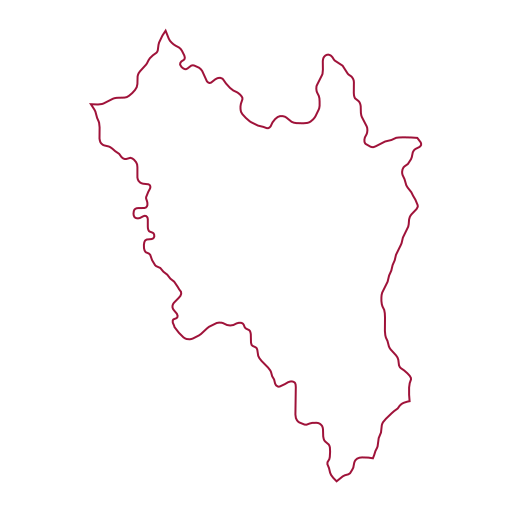 Monte Plata, Monte Plata, Dominican Republic (orthographic projection)
{"feature_id": "3306468B2740041336238", "entity_name": "Monte Plata", "entity_type": "district", "adm_level": 2, "iso_a3": "DOM", "parent_name": "Dominican Republic", "parent_adm1": "Monte Plata", "projection": "orthographic", "projection_center": [-69.842, 18.762], "detail": "fine", "context": "isolated", "style": "outline", "palette": "rose", "viewbox_px": 512, "rotation_deg": 0, "n_neighbors": 0, "source": "geoboundaries", "source_scale": "gbopen_adm2", "svg_char_len": 6008}
<svg xmlns="http://www.w3.org/2000/svg" viewBox="0 0 512 512"><path d="M417.3,137.9L411.4,137.5L403.3,137.3L398.8,137.5L396.2,137.8L391.4,140.0L385.1,141.5L375.7,146.3L373.6,147.1L372.0,147.1L370.5,146.7L365.6,143.9L365.1,143.3L364.5,141.9L364.4,139.7L364.9,137.4L366.6,134.2L367.1,132.7L367.4,130.3L367.2,127.9L366.7,126.4L361.8,116.9L361.3,115.4L360.9,113.0L360.7,106.2L360.4,104.6L359.9,103.1L359.2,101.8L358.2,100.8L355.0,98.3L354.4,96.9L354.0,95.4L353.8,92.9L353.9,82.2L353.7,80.5L353.1,78.9L352.3,77.6L351.4,76.5L348.5,74.5L347.6,73.5L342.6,65.7L334.8,60.6L333.9,59.6L332.5,57.3L331.0,55.7L329.7,55.0L328.2,54.6L326.6,54.9L325.3,55.6L324.2,56.7L323.4,58.0L323.0,59.6L322.8,61.2L322.9,69.7L322.5,73.9L321.9,75.3L317.1,84.8L316.5,86.2L316.3,88.7L316.6,91.1L317.1,92.5L318.8,95.9L319.4,98.3L319.6,101.6L319.6,105.8L319.2,108.3L318.6,109.8L315.6,116.0L314.7,117.5L313.1,119.4L310.5,121.6L309.0,122.4L307.4,122.9L303.2,123.3L296.4,123.1L293.9,122.7L291.6,121.8L286.4,117.6L284.9,116.7L282.6,116.1L280.1,116.1L277.7,117.0L275.1,119.1L272.5,122.4L270.6,126.4L269.6,127.4L268.5,128.1L267.8,128.2L266.6,128.1L263.4,126.9L258.0,125.6L251.1,122.2L249.7,121.3L245.8,117.9L242.4,114.2L241.1,112.0L240.7,110.4L240.5,108.7L240.5,106.3L240.9,103.8L242.4,99.3L242.4,97.9L241.7,96.5L240.2,94.7L238.3,93.1L236.9,92.2L233.3,90.5L230.0,87.9L226.0,83.5L223.4,79.8L222.5,78.7L220.5,77.9L218.9,77.9L217.4,78.2L215.3,79.3L211.1,82.6L209.7,83.0L209.1,82.9L207.9,82.3L206.9,81.3L202.2,71.0L200.8,69.2L199.0,67.7L194.4,65.6L193.1,65.3L192.4,65.3L191.1,65.7L187.6,68.4L186.3,69.1L185.6,69.2L184.8,69.1L183.4,68.5L181.6,67.1L180.4,65.2L180.1,64.5L180.3,63.0L181.3,61.5L183.8,59.9L184.6,58.9L184.8,57.5L184.3,55.5L182.0,50.9L180.7,49.0L179.0,47.5L175.6,45.7L173.5,44.3L171.6,42.6L169.9,40.7L168.7,38.5L165.6,30.7L162.4,35.6L159.1,42.5L158.5,44.8L157.8,50.2L157.3,51.6L156.5,52.7L152.9,55.3L149.9,58.2L148.5,60.3L147.1,63.1L146.2,64.5L140.0,71.3L138.6,73.3L138.0,74.8L137.6,76.4L137.4,84.0L136.7,87.2L135.0,90.0L132.2,93.1L129.0,95.8L126.8,97.1L124.4,97.6L116.9,97.8L114.5,98.2L113.0,98.7L103.5,103.5L102.0,104.0L97.9,104.5L90.9,104.2L94.4,109.6L95.4,111.6L97.1,117.9L98.6,121.3L99.1,122.8L99.6,127.4L99.5,138.5L99.8,140.3L100.3,142.0L101.1,143.3L102.8,144.8L104.2,145.4L108.8,146.5L110.3,147.2L112.4,148.7L115.1,151.1L119.2,153.9L121.2,156.7L122.2,157.7L123.3,158.5L124.7,159.0L126.2,159.0L130.4,157.8L132.4,158.5L134.1,159.8L136.1,162.2L137.1,164.4L137.4,167.2L137.4,177.5L137.8,179.3L138.5,180.8L140.1,182.5L141.4,183.2L143.0,183.7L148.5,184.3L149.7,185.1L150.1,185.7L150.4,187.0L150.1,188.4L148.2,192.0L146.1,197.2L146.1,198.5L147.1,201.5L147.4,202.9L147.4,205.1L146.9,206.4L145.9,207.5L144.4,208.0L137.9,208.1L136.4,208.3L135.0,209.1L134.4,209.7L133.8,211.2L133.5,213.6L133.7,215.3L134.3,216.8L134.9,217.4L135.5,217.9L137.0,218.3L138.4,218.3L139.9,218.0L143.4,216.2L144.7,215.8L146.0,216.0L147.1,217.0L147.5,217.7L147.8,219.2L147.8,226.4L147.9,228.2L148.3,229.8L149.0,231.1L149.5,231.5L152.4,232.6L153.4,233.2L154.1,234.4L154.3,236.4L153.8,237.7L152.7,238.7L151.3,239.1L146.8,239.5L145.4,240.3L144.9,240.9L144.3,242.3L143.9,244.8L144.0,248.2L144.6,250.5L145.4,251.8L145.9,252.3L148.8,253.5L150.2,254.8L152.1,260.2L155.1,265.2L156.1,266.1L160.3,268.0L163.4,271.7L167.3,274.7L170.3,278.6L174.2,281.7L177.8,287.0L179.2,289.4L181.0,291.8L181.2,293.8L180.4,295.9L178.8,297.8L173.9,302.8L173.0,304.2L172.5,305.8L172.5,307.4L173.0,308.9L173.9,310.2L176.9,313.8L177.6,315.8L177.4,317.1L177.1,317.6L176.2,318.3L173.6,319.3L173.2,319.6L172.7,320.8L172.8,322.7L174.1,325.7L174.5,327.1L178.9,332.8L183.4,337.3L184.9,338.3L186.5,339.0L189.7,339.3L191.4,339.0L192.9,338.5L199.0,335.4L201.1,333.9L207.0,328.4L209.0,326.8L216.7,323.0L219.1,322.6L221.5,322.7L223.0,323.1L227.0,325.0L230.2,325.5L233.4,325.0L236.6,323.4L238.8,322.8L241.0,322.8L242.4,323.3L242.9,323.7L243.7,324.7L244.6,327.0L245.3,328.0L246.2,328.7L249.1,330.1L250.0,331.1L250.5,332.6L250.8,334.2L251.0,342.7L251.6,344.9L252.6,345.9L255.4,347.2L256.4,347.9L256.8,348.5L257.3,349.9L258.2,355.8L259.4,358.2L261.6,361.0L268.1,367.6L270.3,370.5L271.0,372.0L272.2,376.3L274.1,379.5L275.1,383.6L276.1,385.4L277.8,386.5L278.5,386.7L279.8,386.5L284.9,384.1L288.1,382.2L290.3,381.5L291.8,381.4L293.2,381.7L294.5,382.4L295.1,383.1L295.6,384.6L295.8,387.2L295.4,414.5L295.9,418.1L297.0,420.3L298.0,421.5L299.2,422.4L304.6,424.6L306.5,424.7L309.7,423.5L312.2,422.9L316.6,422.8L318.4,423.1L319.9,423.8L321.1,424.8L322.1,426.0L322.7,427.6L323.0,429.3L323.2,436.4L323.7,438.9L324.3,440.4L325.2,441.5L328.8,444.6L329.5,446.0L329.9,447.5L330.1,451.8L329.8,457.0L329.3,459.2L327.5,462.2L327.4,464.2L329.0,468.1L330.1,472.7L331.1,475.0L333.2,477.8L336.6,481.3L342.7,476.4L344.8,475.3L348.4,474.3L350.1,473.2L352.3,469.6L353.3,467.6L354.2,462.9L354.7,461.4L355.5,460.1L357.2,458.6L359.5,457.7L362.1,457.4L368.4,457.6L372.9,458.3L374.2,455.0L375.4,451.1L377.1,447.7L377.6,446.3L378.7,438.1L381.0,432.5L381.8,425.2L382.3,423.6L383.1,422.1L385.9,418.8L391.6,413.3L394.1,411.1L397.7,408.5L399.7,405.7L401.3,404.2L402.5,403.4L404.0,402.7L407.5,401.6L409.6,401.2L409.1,394.8L409.1,387.5L409.7,383.2L411.0,379.4L410.9,377.9L409.7,375.8L407.4,373.3L404.1,370.4L400.9,368.2L399.9,367.2L399.0,365.3L398.3,359.8L397.5,357.5L396.0,355.3L390.6,349.4L389.6,347.9L388.9,346.4L387.5,341.0L385.9,337.6L385.3,335.2L384.9,330.9L385.0,317.6L384.8,313.2L384.2,309.9L382.5,306.5L381.8,304.2L381.4,300.9L381.4,297.5L381.6,295.0L382.2,292.6L387.6,281.7L389.1,275.5L391.3,270.6L392.6,265.1L394.7,260.3L396.0,254.8L401.0,244.6L401.6,243.1L402.9,237.6L408.2,226.7L408.7,224.3L409.1,219.4L409.8,217.0L410.6,215.5L411.7,214.1L416.5,209.1L417.6,207.1L417.8,206.3L417.6,205.0L415.4,199.7L413.1,195.8L411.3,192.2L407.6,187.5L406.3,185.3L404.5,179.1L402.6,175.1L402.2,173.5L402.1,171.9L402.5,169.5L403.5,167.4L404.5,166.4L407.9,164.0L411.0,159.2L411.8,157.1L412.8,152.3L413.5,151.0L414.4,149.8L415.6,148.9L419.4,147.0L420.4,146.1L421.1,145.0L421.1,143.6L420.7,142.4L417.3,137.9Z" fill="none" stroke="#9f1239" stroke-width="2"/></svg>